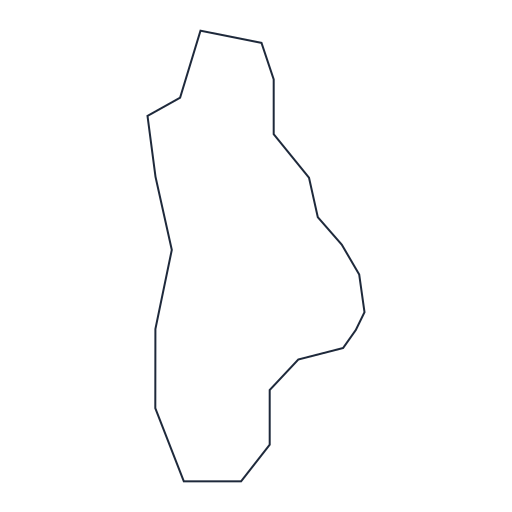 outline of Eger
{"feature_id": "HUN-4920", "entity_name": "Eger", "entity_type": "Urban county", "adm_level": 1, "iso_a3": "HUN", "parent_name": "Hungary", "parent_adm1": "", "projection": "orthographic", "projection_center": [20.383, 47.928], "detail": "fine", "context": "isolated", "style": "outline", "palette": "slate", "viewbox_px": 512, "rotation_deg": 0, "n_neighbors": 0, "source": "natural_earth", "source_scale": "10m", "svg_char_len": 399}
<svg xmlns="http://www.w3.org/2000/svg" viewBox="0 0 512 512"><path d="M309.0,177.7L317.8,217.2L341.8,244.7L359.2,274.5L364.5,312.2L355.8,330.0L343.1,348.0L298.3,359.5L269.7,390.0L269.7,444.7L241.1,481.3L183.8,481.3L155.3,408.2L155.4,329.0L171.8,249.9L155.5,176.8L147.5,115.9L180.1,97.7L200.5,30.7L261.5,42.9L273.7,79.4L273.7,134.2L309.0,177.7Z" fill="none" stroke="#1e293b" stroke-width="2"/></svg>